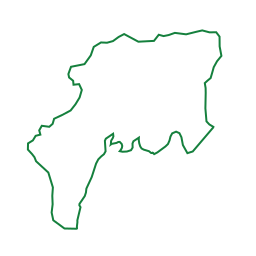 an SVG outline of L'Artibonite, rotated 263°
{"feature_id": "HTI-1384", "entity_name": "L'Artibonite", "entity_type": "Department", "adm_level": 1, "iso_a3": "HTI", "parent_name": "Haiti", "parent_adm1": "", "projection": "orthographic", "projection_center": [-72.647, 19.338], "detail": "fine", "context": "isolated", "style": "outline", "palette": "green", "viewbox_px": 256, "rotation_deg": 263, "n_neighbors": 0, "source": "natural_earth", "source_scale": "10m", "svg_char_len": 1690}
<svg xmlns="http://www.w3.org/2000/svg" viewBox="0 0 256 256"><g transform="rotate(263 128 128)"><path d="M118.7,212.9L118.1,212.6L96.8,189.4L95.8,183.9L104.4,180.4L112.3,179.9L116.6,178.4L118.5,175.3L117.3,171.2L114.3,169.1L110.6,167.7L107.2,165.7L105.1,162.9L100.2,154.2L98.9,150.8L100.3,149.8L100.5,149.4L100.2,149.0L100.4,147.9L102.4,146.0L104.6,141.0L106.0,139.0L108.2,137.9L111.4,137.3L114.7,137.2L117.1,137.6L114.2,131.8L112.1,130.6L108.0,130.2L105.6,128.3L104.8,124.1L105.1,119.7L106.0,117.0L107.3,118.3L109.0,119.5L110.9,120.1L112.9,119.8L115.2,118.1L115.3,116.6L114.6,114.8L114.2,109.8L113.7,108.9L114.2,109.1L117.1,109.6L118.1,110.2L119.6,111.5L121.5,112.5L124.1,112.5L120.1,104.7L118.1,103.5L107.6,102.9L104.9,100.9L103.1,98.0L100.5,94.7L96.6,92.0L83.7,86.0L72.9,79.3L69.1,78.4L65.7,76.8L58.6,70.6L57.2,70.3L55.2,71.2L42.6,66.5L40.6,66.3L36.6,65.3L34.5,65.1L34.3,64.5L36.0,52.7L45.5,42.6L53.4,41.9L61.5,43.9L69.9,44.6L78.2,46.2L93.5,43.5L106.2,32.7L110.4,31.6L113.8,29.6L118.8,26.0L124.9,26.9L127.3,32.1L131.5,35.4L132.1,40.2L136.5,39.6L140.7,42.7L138.8,50.0L141.3,53.7L146.2,55.8L149.0,64.4L152.4,73.2L158.0,78.8L164.2,83.7L171.4,86.8L177.5,84.8L177.6,79.2L181.6,79.3L185.3,75.7L188.8,75.4L191.8,76.9L195.7,78.9L196.7,92.6L204.6,99.9L212.7,103.9L216.2,111.6L215.2,117.6L216.1,123.7L219.5,129.8L221.7,135.6L212.4,148.8L211.3,164.4L216.8,169.9L214.9,174.5L215.3,179.7L216.7,186.1L213.9,197.1L215.2,207.8L215.8,213.6L213.0,220.6L212.3,227.2L207.5,230.0L197.8,228.9L188.2,229.5L183.4,224.5L177.9,220.5L172.6,218.3L167.5,216.1L165.4,212.8L163.2,209.7L158.2,209.9L153.4,209.4L138.0,207.2L125.0,206.7L121.6,209.2L118.7,212.9Z" fill="none" stroke="#15803d" stroke-width="2"/></g></svg>